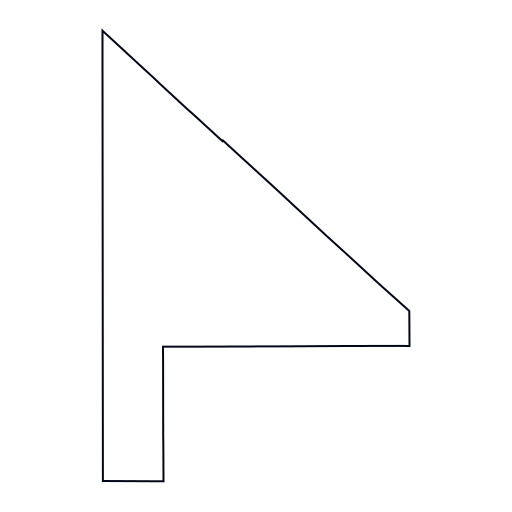 the district of 12 de Octubre, Chaco, Argentina
{"feature_id": "61730980B24915383692166", "entity_name": "12 de Octubre", "entity_type": "district", "adm_level": 2, "iso_a3": "ARG", "parent_name": "Argentina", "parent_adm1": "Chaco", "projection": "equal_earth", "projection_center": [-61.395, -27.324], "detail": "fine", "context": "isolated", "style": "outline", "palette": "ink", "viewbox_px": 512, "rotation_deg": 0, "n_neighbors": 0, "source": "geoboundaries", "source_scale": "gbopen_adm2", "svg_char_len": 836}
<svg xmlns="http://www.w3.org/2000/svg" viewBox="0 0 512 512"><path d="M163.5,481.3L163.5,480.9L163.3,441.6L163.2,435.9L163.1,364.9L163.0,346.7L171.5,346.7L183.0,346.7L183.9,346.7L187.3,346.7L212.1,346.6L251.5,346.5L257.3,346.4L263.9,346.4L266.2,346.4L267.0,346.4L274.9,346.4L292.5,346.3L294.6,346.3L326.1,346.1L327.9,346.1L346.8,346.0L351.5,346.0L398.3,345.9L409.5,346.0L409.5,344.9L409.3,311.0L406.2,308.2L381.7,286.3L378.3,283.2L374.9,280.1L348.5,255.8L329.8,238.8L326.3,235.7L323.9,233.4L293.1,204.9L291.8,203.7L290.8,202.7L272.3,185.6L243.6,159.4L240.2,156.3L223.0,140.5L222.5,141.2L200.4,120.9L191.2,112.5L187.7,109.5L159.9,83.8L153.0,77.2L148.7,73.3L127.7,54.0L124.7,51.2L117.0,44.1L111.4,38.9L104.4,32.5L102.5,30.7L102.5,46.3L102.5,63.2L102.9,481.0L103.1,481.0L163.5,481.3Z" fill="none" stroke="#020617" stroke-width="2"/></svg>